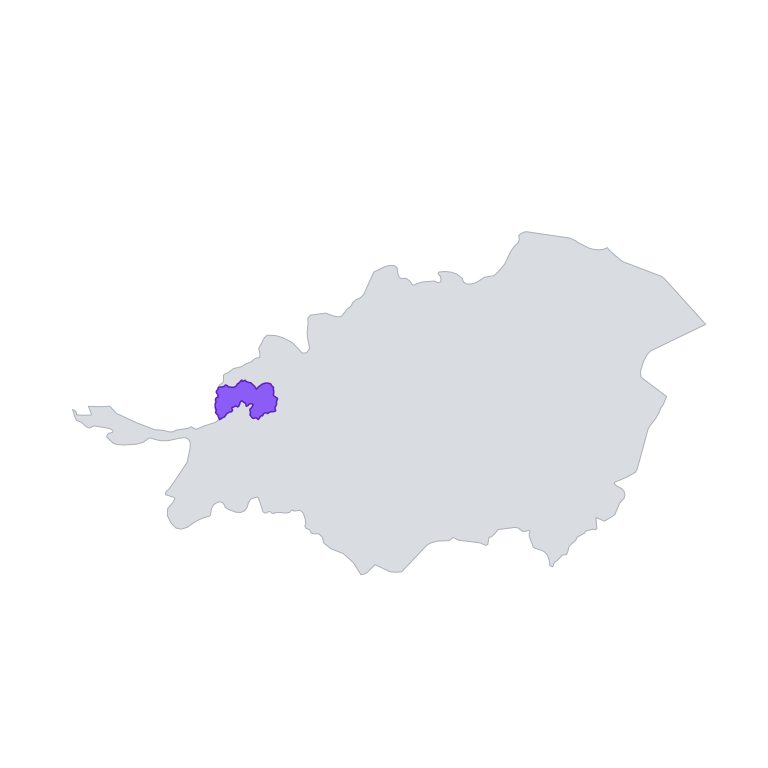 where Nuristan sits in Afghanistan, rotated 207°
{"feature_id": "AFG-1761", "entity_name": "Nuristan", "entity_type": "Province", "adm_level": 1, "iso_a3": "AFG", "parent_name": "Afghanistan", "parent_adm1": "", "projection": "equal_earth", "projection_center": [70.816, 35.467], "detail": "fine", "context": "in_parent", "style": "filled", "palette": "violet", "viewbox_px": 768, "rotation_deg": 207, "n_neighbors": 0, "source": "natural_earth", "source_scale": "10m", "svg_char_len": 6917}
<svg xmlns="http://www.w3.org/2000/svg" viewBox="0 0 768 768"><g transform="rotate(207 384 384)"><path d="M343.5,214.4L356.4,213.1L365.2,214.9L369.7,219.7L374.2,220.9L378.7,218.6L381.4,218.1L382.5,219.6L384.7,220.3L388.1,220.0L390.0,221.4L390.4,224.2L392.9,227.9L397.3,232.3L401.3,233.4L406.6,229.9L408.4,230.3L409.2,229.2L409.8,226.7L413.0,224.4L418.8,222.1L422.2,220.2L423.3,218.5L425.3,218.1L427.4,218.6L429.0,217.9L430.1,215.7L432.2,214.9L434.0,215.3L441.9,223.4L445.0,225.8L446.4,225.3L450.4,221.0L451.0,217.0L449.9,211.8L450.7,207.6L453.4,204.4L458.2,202.4L465.3,201.7L469.7,202.1L471.3,203.8L473.4,204.7L476.2,204.9L478.7,203.0L481.0,199.1L481.1,194.2L479.1,188.5L479.7,186.6L483.2,183.7L487.0,179.4L490.7,173.8L494.2,167.0L498.6,162.8L503.7,161.2L510.0,163.1L517.4,168.4L520.2,174.9L518.4,182.6L518.2,186.9L519.7,187.7L528.1,186.2L529.2,187.3L529.2,189.5L527.9,192.8L526.5,202.0L523.9,224.8L527.5,238.4L530.0,243.8L532.5,245.6L535.0,246.2L537.4,245.7L542.5,242.2L550.2,235.8L557.7,231.8L568.5,229.6L572.1,222.7L577.1,218.1L588.5,211.3L594.7,208.8L598.3,208.3L607.0,210.8L607.5,212.9L607.0,215.1L604.5,217.0L603.7,218.4L604.7,219.5L608.2,219.8L623.3,215.1L626.6,211.0L629.9,210.8L636.3,212.6L641.2,212.0L643.8,213.8L649.8,219.8L647.9,220.1L645.2,219.0L643.7,217.0L637.7,219.6L630.9,223.4L631.1,224.4L637.2,229.9L624.6,235.9L619.0,239.4L617.7,239.5L609.1,236.3L585.4,237.3L567.4,239.2L560.4,242.3L553.8,243.8L550.4,245.4L548.2,248.6L538.2,255.8L536.4,258.4L530.9,258.2L525.1,265.1L516.7,273.4L515.0,277.3L516.3,279.3L520.8,282.3L522.8,285.1L526.0,293.1L527.3,298.8L529.2,301.3L530.3,308.1L528.3,311.9L528.3,313.9L531.1,319.0L530.4,320.6L528.3,323.0L525.0,329.6L519.1,334.4L516.6,338.7L512.4,343.5L510.7,347.5L508.9,349.7L507.0,350.9L507.5,353.1L509.1,355.8L511.8,358.8L511.6,371.1L510.2,374.5L502.7,377.9L495.5,379.3L486.6,379.4L483.3,378.9L471.0,374.4L467.1,376.6L466.3,382.0L473.3,390.7L476.1,395.6L479.3,403.8L481.7,408.0L480.8,412.0L468.1,420.7L460.1,421.6L455.0,423.1L452.5,425.3L450.7,434.6L448.8,438.0L448.8,442.0L447.1,446.6L444.5,449.6L442.7,454.4L443.9,479.1L436.5,489.0L432.4,492.5L428.5,494.2L425.2,493.5L421.2,487.9L418.4,485.7L415.5,486.2L412.6,488.2L407.9,487.5L404.0,485.5L402.0,485.7L400.8,487.7L396.6,492.0L386.1,498.5L381.9,498.9L380.0,500.5L380.7,503.2L382.5,505.4L385.8,506.9L385.9,508.7L380.6,512.0L375.2,514.1L368.9,515.0L362.5,513.7L359.2,510.8L355.4,510.6L351.8,512.7L348.0,516.1L342.8,524.9L335.3,530.3L333.3,535.7L330.9,545.5L331.3,559.9L330.3,566.4L328.6,570.6L328.9,573.9L331.4,577.7L330.3,580.1L328.2,582.9L326.1,584.4L285.0,598.3L278.3,598.6L274.8,598.1L263.2,598.1L258.4,599.1L253.5,601.0L249.9,603.3L247.0,606.8L242.3,604.8L227.1,601.4L185.6,605.9L181.8,605.1L124.5,583.2L161.6,534.3L162.8,530.2L163.1,522.2L161.3,511.6L157.9,506.7L126.6,501.1L125.8,492.8L126.4,489.2L126.0,482.0L126.3,476.6L128.0,467.6L128.2,463.5L119.8,423.4L119.9,419.5L126.1,410.3L133.8,401.3L133.5,399.7L129.8,398.7L124.2,398.6L121.3,397.2L119.0,394.7L118.2,391.1L120.0,384.7L119.0,372.3L125.2,361.9L134.4,361.3L130.0,353.6L129.1,352.8L128.7,351.5L129.3,350.2L131.6,349.7L137.3,344.9L137.7,342.1L142.5,335.0L142.2,331.8L145.5,323.4L144.1,317.7L144.0,314.7L147.4,312.7L149.7,304.8L151.0,302.9L151.2,301.0L150.6,297.8L153.7,297.3L156.3,301.4L160.6,305.6L163.5,306.9L167.1,307.5L175.1,306.1L176.8,306.3L185.0,313.8L186.4,315.7L186.9,318.7L188.3,319.6L191.3,316.7L194.1,315.7L199.5,316.6L202.4,315.5L216.2,306.2L217.5,300.3L218.9,296.9L220.8,294.9L218.7,288.1L219.6,286.8L221.4,286.2L225.9,286.2L246.7,278.7L252.1,278.7L253.3,278.1L253.7,276.0L255.2,273.8L265.1,268.3L270.9,262.8L273.0,258.6L283.0,224.6L288.0,221.7L293.1,219.5L310.0,218.9L313.4,208.5L315.0,206.0L318.0,203.6L330.3,211.0L343.5,214.4Z" fill="#d9dde1" stroke="#a8b0b8" stroke-width="1"/><path d="M514.4,277.8L514.5,278.0L514.9,278.4L516.2,279.2L516.7,279.6L517.6,280.7L518.6,281.1L519.7,281.4L520.7,281.8L521.3,282.5L521.4,284.1L521.8,284.9L523.5,286.1L524.0,286.9L525.2,289.3L525.5,290.0L525.5,290.5L525.5,290.9L525.5,291.3L525.7,291.9L525.9,292.2L526.4,292.7L526.7,292.9L527.1,293.8L527.3,294.6L527.1,295.5L526.4,296.5L526.0,297.4L526.3,298.3L527.0,298.9L529.1,300.0L529.7,300.5L530.0,301.2L530.0,302.1L529.7,303.0L529.6,303.9L529.8,305.0L530.0,305.3L529.8,305.8L529.5,306.2L529.2,306.5L528.4,307.1L527.9,307.3L527.1,307.6L526.8,307.8L526.6,308.3L526.3,308.6L525.5,309.0L525.3,309.3L525.2,309.6L524.9,311.0L524.5,311.2L522.9,311.4L522.3,311.2L521.7,310.7L521.2,310.8L516.8,312.6L515.9,313.3L515.4,314.1L514.9,315.0L514.7,315.8L514.7,317.5L513.9,318.6L513.8,319.0L513.5,319.5L513.2,321.3L512.9,322.2L512.7,322.6L512.3,322.9L512.0,322.3L511.9,322.0L511.7,321.9L511.3,322.1L511.0,322.3L509.5,324.3L508.4,323.9L508.1,323.8L507.6,323.7L507.0,323.7L504.5,324.2L504.1,324.3L503.7,324.5L503.2,324.6L502.8,324.6L500.8,323.8L499.1,323.5L498.5,323.3L497.8,322.9L496.7,322.2L495.4,321.5L494.6,324.3L494.3,324.9L492.6,328.3L491.9,329.3L490.1,330.9L489.7,331.2L487.7,332.1L485.8,332.6L485.3,332.7L484.8,332.5L483.0,331.4L481.4,331.1L480.9,330.8L480.2,329.0L479.4,328.1L478.4,326.6L477.9,324.5L476.9,323.5L474.0,323.0L472.7,323.0L472.4,322.7L472.0,321.9L471.9,320.0L471.8,319.5L471.6,319.0L470.6,317.3L470.4,316.5L470.5,313.9L470.3,313.4L470.0,312.6L468.5,311.2L468.6,310.6L468.9,310.1L469.2,309.7L469.9,309.2L472.6,307.7L473.5,306.4L473.6,305.9L474.3,304.8L474.5,304.7L474.7,304.8L475.0,305.0L475.6,304.9L476.4,304.6L477.0,304.1L477.5,303.6L477.8,302.9L478.0,302.4L478.0,302.1L478.0,301.8L477.8,301.6L477.7,301.4L477.7,300.9L477.8,300.6L478.0,300.4L478.9,299.9L479.2,299.4L479.4,298.8L479.6,296.5L480.0,295.3L482.3,295.8L483.2,295.5L484.1,294.6L484.5,294.3L485.1,294.0L485.6,293.9L486.0,294.0L487.0,294.6L488.7,295.2L489.1,295.5L489.4,295.7L489.5,296.0L489.6,296.3L489.6,297.0L489.7,297.3L489.8,297.6L491.4,299.6L491.7,300.0L491.9,300.3L491.9,300.7L491.9,301.1L491.8,301.4L491.4,302.4L491.2,303.2L491.2,303.7L491.1,304.5L491.1,304.9L491.2,305.6L491.4,306.2L492.7,306.4L493.6,306.0L494.4,305.6L494.8,305.3L495.0,304.9L495.1,304.7L495.2,304.4L495.2,304.2L495.2,303.9L495.2,303.5L495.4,303.1L496.0,302.2L496.4,301.8L496.7,301.8L497.0,302.0L497.7,303.0L498.3,303.7L499.3,304.1L500.6,303.9L502.5,304.4L502.9,304.5L503.2,304.4L503.3,304.1L503.8,303.4L503.9,303.1L503.9,302.8L503.9,302.4L503.7,301.8L503.7,301.2L503.6,300.9L503.4,300.4L503.4,300.2L503.4,299.6L503.4,299.3L503.3,299.0L503.3,298.7L503.4,298.3L503.7,297.5L503.9,297.2L504.2,297.1L504.4,297.2L504.7,297.2L505.4,297.3L506.7,296.7L507.4,295.3L508.5,294.3L508.7,293.9L508.7,293.5L508.6,293.3L508.3,293.0L508.1,292.8L507.2,292.2L507.1,291.9L507.0,291.4L507.1,290.6L507.2,290.2L507.4,289.9L507.6,289.7L508.2,289.5L508.7,289.2L508.9,289.0L509.1,288.8L509.4,288.1L510.5,286.4L510.7,285.9L510.8,285.4L510.8,284.5L511.1,282.7L511.3,282.1L511.5,281.7L512.0,281.3L512.3,281.0L512.6,280.5L513.1,279.4L513.4,278.8L513.9,278.3L514.4,277.8L514.4,277.8Z" fill="#8b5cf6" stroke="#5b21b6" stroke-width="1.5"/></g></svg>